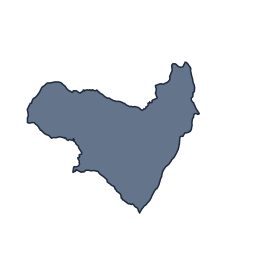 Laga, Baucau, East Timor, rotated 150°
{"feature_id": "22284137B62238566078682", "entity_name": "Laga", "entity_type": "district", "adm_level": 2, "iso_a3": "TLS", "parent_name": "East Timor", "parent_adm1": "Baucau", "projection": "equal_earth", "projection_center": [126.658, -8.504], "detail": "fine", "context": "isolated", "style": "filled", "palette": "slate", "viewbox_px": 256, "rotation_deg": 150, "n_neighbors": 0, "source": "geoboundaries", "source_scale": "gbopen_adm2", "svg_char_len": 5909}
<svg xmlns="http://www.w3.org/2000/svg" viewBox="0 0 256 256"><g transform="rotate(150 128 128)"><path d="M212.3,183.1L211.8,182.2L210.9,181.5L208.8,180.8L207.3,180.1L206.6,179.5L206.3,178.7L206.2,177.8L205.8,176.8L205.3,175.9L205.2,175.0L204.9,174.1L205.1,172.4L204.8,171.2L205.0,170.4L205.0,170.1L204.8,169.7L204.2,169.2L204.1,168.2L203.8,167.8L203.7,166.8L203.4,166.3L203.3,165.4L202.9,164.5L202.4,164.2L202.0,163.0L201.0,162.0L200.4,161.3L200.2,160.9L199.9,159.5L199.7,158.4L199.3,157.8L199.2,157.3L198.3,157.3L197.5,157.1L195.0,155.5L192.7,154.9L192.2,154.9L191.9,154.7L191.7,154.5L191.0,154.3L190.8,154.1L190.3,153.2L189.2,152.5L188.2,151.0L187.8,151.2L187.3,151.2L187.1,150.9L187.0,148.6L186.0,147.2L185.6,147.3L185.1,147.4L184.1,147.0L182.6,145.2L182.1,145.0L181.6,145.1L180.8,146.0L180.5,145.9L180.4,145.6L180.4,145.2L180.6,144.6L181.5,143.8L181.4,143.3L180.8,142.2L180.8,141.6L181.0,140.5L180.9,139.7L180.1,137.4L180.1,136.9L180.5,136.1L180.6,135.0L180.5,133.2L180.4,131.2L180.4,130.3L180.9,129.0L181.2,128.8L182.1,128.8L183.4,129.2L183.9,129.0L183.9,127.8L184.9,126.9L185.2,126.9L185.7,127.4L186.2,127.4L186.5,127.1L186.7,125.8L186.6,124.8L186.7,124.0L187.1,123.1L187.7,122.4L187.9,121.1L188.4,120.6L189.6,120.0L190.5,119.9L192.3,120.3L193.7,121.3L194.4,121.3L195.4,120.4L196.0,119.4L197.0,118.4L197.5,117.7L197.7,117.1L197.0,116.9L196.4,117.2L196.0,117.2L195.2,116.8L194.4,117.2L193.8,117.8L193.6,117.7L193.3,117.5L193.2,117.0L191.0,113.6L190.6,113.1L190.1,113.3L189.8,113.2L189.4,112.8L189.0,112.3L188.5,112.3L188.0,112.0L187.3,112.0L186.1,112.5L185.4,112.4L184.9,112.0L183.7,111.4L182.8,110.7L181.5,109.4L180.6,109.1L179.8,108.6L178.9,108.3L177.9,107.5L176.8,106.1L175.7,105.6L175.6,105.1L175.6,103.4L175.3,102.1L174.8,100.8L173.6,98.4L172.1,93.8L172.7,92.3L172.8,91.4L172.5,90.6L171.6,88.9L171.1,87.1L170.5,86.0L169.7,85.0L169.5,84.3L169.2,84.1L169.7,81.6L169.6,81.2L169.2,80.6L169.2,80.2L169.4,79.1L167.9,75.5L167.5,73.9L167.7,73.4L168.2,72.6L168.2,71.5L168.9,70.9L168.8,70.3L168.5,70.0L168.4,69.6L168.6,68.6L168.5,68.3L167.8,67.7L167.5,66.5L167.1,65.8L166.6,65.4L166.7,64.6L166.6,64.2L166.3,64.0L165.7,62.4L165.0,61.7L164.3,61.6L163.9,60.8L163.2,60.1L162.1,59.9L161.4,58.6L161.5,57.3L161.2,56.3L160.8,55.5L160.4,55.1L160.0,54.2L159.9,52.5L160.4,51.0L160.3,50.5L160.5,49.8L160.3,48.7L159.5,49.2L156.5,50.9L153.1,52.3L152.3,52.5L151.9,52.4L150.5,52.6L148.5,53.5L146.7,53.9L145.5,54.4L143.1,55.8L140.6,57.7L137.2,59.8L135.2,60.9L134.9,60.9L134.1,61.3L133.7,61.3L133.4,61.1L131.8,61.9L129.4,63.6L125.2,67.7L123.1,69.2L122.2,70.5L120.0,72.7L117.9,74.1L114.7,75.6L112.4,75.9L109.9,76.5L109.2,77.0L107.3,77.8L106.1,78.6L104.9,79.0L102.8,79.5L98.2,82.3L97.4,82.9L95.5,84.2L93.2,86.5L92.4,87.6L91.8,88.1L91.0,89.3L90.5,89.9L88.6,92.8L87.9,93.7L87.2,94.2L86.9,94.3L86.2,94.3L85.0,93.5L84.3,93.4L83.3,94.2L81.8,95.0L81.0,95.3L79.7,94.5L78.6,94.2L76.3,94.0L76.3,94.3L76.0,94.4L75.8,94.1L75.5,94.1L74.2,94.9L72.9,96.2L72.5,96.9L71.3,98.0L70.8,99.1L69.9,100.8L67.8,103.5L65.7,104.7L64.7,106.2L64.2,106.6L63.7,106.9L63.0,107.0L62.5,106.9L61.5,106.1L60.7,104.9L59.9,104.6L59.1,105.0L59.4,111.6L59.1,113.3L58.9,114.5L59.0,115.1L58.8,116.1L58.6,116.7L58.6,117.2L59.1,117.8L59.2,120.0L59.1,120.8L58.7,121.6L57.8,122.5L56.8,122.5L56.0,123.0L55.4,124.0L54.6,124.8L54.5,125.6L54.3,126.0L53.1,126.1L52.2,126.6L50.6,129.0L50.1,129.5L50.1,130.1L49.4,131.4L49.1,132.7L49.0,134.2L48.9,134.7L47.4,138.8L47.0,140.7L45.5,145.3L45.4,146.0L44.2,147.6L43.9,148.2L43.8,149.2L43.7,149.6L44.1,151.5L44.0,152.9L44.2,153.7L44.4,154.8L44.7,155.6L45.4,156.1L45.6,156.4L47.8,154.8L48.1,154.8L48.6,154.5L48.9,154.1L49.6,153.7L50.5,153.7L51.6,154.1L52.2,154.4L53.4,155.6L54.0,157.0L54.4,158.7L54.7,159.5L55.0,159.9L56.8,161.2L58.7,160.5L59.5,159.1L60.2,157.3L61.0,155.8L62.1,154.7L62.7,154.5L64.6,152.9L66.1,151.9L67.1,149.7L68.1,148.8L69.8,148.1L71.1,147.9L75.1,148.3L75.9,148.5L76.5,149.1L77.1,149.8L77.6,149.9L78.2,150.2L79.0,150.4L81.3,150.7L82.7,151.1L83.0,151.0L83.3,150.5L83.6,149.5L83.8,148.1L84.0,147.7L84.8,146.4L85.7,145.4L86.3,145.0L86.5,144.6L87.0,144.2L86.9,143.4L87.0,143.0L87.4,141.9L87.4,140.3L87.5,139.7L87.8,139.5L89.7,139.4L92.9,139.9L93.6,139.6L94.1,138.5L94.4,138.2L94.8,138.2L95.3,138.4L96.0,139.1L96.2,139.6L96.9,138.9L97.3,138.9L97.7,139.4L98.4,139.3L99.0,137.8L100.3,137.1L101.0,137.0L102.1,137.1L102.3,136.7L102.6,136.4L103.5,136.0L104.2,136.3L104.5,136.6L104.8,136.7L106.2,136.1L106.7,136.1L107.1,136.3L107.5,137.2L108.2,139.2L108.4,139.9L108.6,140.1L108.9,140.7L111.3,143.1L113.2,143.9L114.6,145.3L115.2,145.3L116.0,145.9L117.2,147.8L117.9,148.5L118.7,151.0L119.4,151.4L120.1,152.9L120.7,153.5L121.7,154.9L122.5,155.6L124.8,156.9L125.3,157.5L125.9,158.0L126.2,158.5L127.0,159.0L127.6,160.3L128.4,161.3L129.1,163.0L129.4,163.3L130.9,164.2L131.2,164.5L131.3,164.9L132.3,166.4L133.4,169.9L135.0,172.6L135.1,173.6L135.6,174.1L135.7,174.8L135.7,175.8L136.0,176.2L136.3,176.5L137.3,176.4L137.8,176.7L138.8,177.6L139.5,178.8L139.8,179.0L140.2,179.0L140.8,178.6L141.3,178.9L141.7,180.0L142.2,180.3L142.9,180.3L143.1,180.4L143.5,180.6L143.8,181.2L144.2,181.4L146.3,182.1L147.0,181.8L147.1,182.7L147.4,183.1L147.7,183.2L147.9,183.1L148.3,182.7L148.7,182.5L149.4,182.6L149.7,182.2L150.8,182.4L151.4,182.3L151.9,182.1L152.5,182.7L154.1,186.0L155.8,187.1L156.7,187.5L157.2,187.3L157.7,186.9L158.5,186.7L159.1,187.5L159.3,188.3L160.5,190.0L161.0,191.1L161.5,193.4L161.5,194.9L161.7,196.1L162.0,196.8L162.4,197.3L162.7,198.9L163.2,200.3L163.9,201.3L164.4,201.9L165.6,202.9L168.2,204.4L168.9,204.7L170.5,205.1L173.4,206.2L174.9,207.1L175.7,207.3L177.5,207.0L178.7,206.5L181.7,206.4L182.4,206.2L186.8,203.2L188.3,202.5L190.3,201.6L192.9,200.8L194.1,200.8L194.7,200.8L196.0,200.5L197.5,199.4L199.2,197.8L200.4,198.2L200.8,197.9L202.1,196.9L202.8,196.7L204.6,195.2L205.9,194.5L206.1,194.2L207.0,191.2L207.4,190.1L208.5,188.2L208.7,187.9L210.0,187.1L212.3,183.1Z" fill="#64748b" stroke="#1e293b" stroke-width="1.5"/></g></svg>